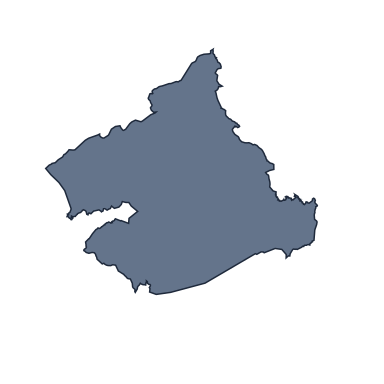 Hohoe Municipal, Volta, Ghana (orthographic projection), rotated 224°
{"feature_id": "2480657B20464126159243", "entity_name": "Hohoe Municipal", "entity_type": "district", "adm_level": 2, "iso_a3": "GHA", "parent_name": "Ghana", "parent_adm1": "Volta", "projection": "orthographic", "projection_center": [0.486, 7.154], "detail": "fine", "context": "isolated", "style": "filled", "palette": "slate", "viewbox_px": 384, "rotation_deg": 224, "n_neighbors": 0, "source": "geoboundaries", "source_scale": "gbopen_adm2", "svg_char_len": 5997}
<svg xmlns="http://www.w3.org/2000/svg" viewBox="0 0 384 384"><g transform="rotate(224 192 192)"><path d="M190.1,84.0L183.5,85.4L182.7,85.1L180.7,85.3L179.6,85.0L177.9,85.2L175.9,86.6L171.6,84.9L168.8,82.5L167.6,82.2L165.3,82.3L164.0,80.7L163.1,80.4L164.0,84.2L165.2,85.9L165.4,87.1L165.3,88.5L165.8,90.4L165.1,90.4L162.8,91.3L161.8,92.3L160.7,92.9L161.9,94.4L162.5,96.0L163.0,96.4L161.8,96.5L160.6,95.4L158.9,95.6L157.9,96.3L157.3,96.2L156.7,95.5L156.3,93.6L155.1,93.3L153.0,90.6L146.6,93.5L137.7,104.9L119.3,135.5L103.6,191.6L102.1,192.2L100.7,196.9L99.0,198.4L97.9,198.4L93.0,209.1L87.5,213.1L80.8,212.5L78.5,210.0L78.4,212.4L78.2,213.1L77.2,213.9L78.5,215.8L79.6,220.5L79.4,221.4L77.8,222.6L77.5,223.2L76.4,223.8L74.7,228.6L74.8,229.6L74.6,230.0L73.8,230.4L74.1,231.5L74.0,231.9L72.6,233.3L72.4,234.2L71.9,234.9L70.4,235.7L71.3,236.9L70.9,237.9L71.1,238.5L70.8,239.8L71.4,240.1L70.7,242.0L77.3,250.0L79.7,255.1L81.2,257.3L82.2,257.7L84.8,257.5L86.0,258.5L88.0,260.3L89.0,261.7L89.1,262.4L90.2,263.3L91.4,265.2L91.9,266.6L92.8,267.4L92.2,268.8L92.4,269.3L93.6,269.6L95.2,269.5L96.7,270.0L96.9,270.2L97.2,271.4L98.7,272.2L99.7,272.2L100.3,271.9L100.4,270.5L99.6,269.8L99.4,269.0L100.0,265.4L101.0,264.7L101.4,264.6L101.8,264.9L102.8,264.4L103.1,263.9L102.4,263.0L102.4,261.1L103.1,261.1L103.3,260.7L103.6,261.0L104.6,261.1L105.2,260.8L105.6,261.4L105.9,261.1L106.3,261.4L107.1,261.4L107.8,260.8L107.9,261.4L108.2,261.0L108.6,261.5L108.7,260.9L109.3,261.0L109.5,261.4L110.3,261.2L110.5,261.4L110.1,261.4L110.1,261.8L110.9,261.8L111.9,261.4L111.7,261.9L112.0,262.2L112.8,262.4L116.2,261.7L115.6,261.5L115.7,260.8L115.3,260.0L114.5,260.7L113.6,260.1L113.5,259.8L113.9,258.2L113.7,257.5L113.8,256.6L114.0,256.3L114.6,256.1L114.7,255.5L115.0,255.8L115.4,255.6L115.8,256.3L116.5,256.4L117.2,255.7L118.2,255.3L118.2,254.9L118.4,254.8L119.8,255.3L121.2,254.4L121.4,253.4L120.2,253.7L119.7,253.5L119.6,253.1L120.0,252.8L119.2,251.6L119.5,250.6L119.9,250.1L120.8,250.5L120.6,249.9L121.5,247.2L121.9,247.2L122.8,246.2L123.3,246.8L124.4,246.1L124.6,246.5L124.9,246.2L125.1,246.8L125.8,247.2L126.7,247.3L127.3,246.9L127.5,247.0L127.5,247.5L128.2,247.2L129.0,247.5L129.1,248.0L129.6,248.4L130.0,248.2L130.1,248.8L130.7,249.0L130.7,249.4L131.6,250.5L134.4,249.1L139.6,249.6L141.3,251.8L143.0,253.3L146.1,255.2L148.0,256.8L148.9,257.2L150.5,256.8L152.6,257.2L151.1,261.4L148.8,265.1L152.3,268.6L154.2,268.1L155.3,267.4L156.5,267.0L158.8,267.0L159.8,266.5L160.5,267.2L161.7,267.3L163.3,268.4L164.9,268.8L166.8,269.7L170.3,270.8L172.0,270.9L174.7,270.4L177.6,270.6L180.0,269.7L180.9,268.3L182.9,268.0L185.3,267.0L186.5,265.6L188.1,264.2L191.2,262.6L194.4,262.8L196.2,263.7L197.2,263.9L201.2,263.2L204.7,263.9L206.5,265.1L206.8,268.7L206.5,268.5L206.1,268.8L206.0,269.8L203.9,270.1L203.4,271.2L203.4,272.3L204.8,272.6L206.0,272.2L207.6,272.6L208.6,271.9L209.9,272.1L211.0,271.7L212.3,271.0L214.3,271.2L215.0,271.1L216.4,270.4L218.6,270.5L219.8,270.4L221.3,270.8L223.0,272.3L224.3,273.9L226.3,273.7L226.7,273.3L228.2,273.2L229.3,272.4L229.9,273.2L237.0,275.9L239.7,277.3L243.4,279.8L245.3,280.7L244.8,282.3L244.9,284.0L245.6,285.7L246.1,286.3L244.7,287.5L243.8,289.1L247.4,288.3L251.1,289.2L251.7,289.6L254.6,293.7L255.6,293.8L257.0,293.6L258.0,293.8L259.0,297.5L258.8,299.0L257.2,301.0L258.0,302.3L260.5,303.7L262.5,303.8L263.4,303.3L266.3,304.7L267.7,304.5L268.1,304.9L267.9,305.5L269.5,305.2L271.0,306.2L272.6,306.2L273.4,306.5L274.7,308.1L275.8,308.9L276.0,309.3L276.7,306.5L275.0,304.8L275.1,304.2L275.8,303.1L279.1,299.4L281.0,295.9L281.7,293.2L281.5,292.1L280.4,289.4L280.3,288.0L281.5,284.9L281.5,284.0L277.4,264.7L277.9,263.9L278.4,261.7L279.9,260.6L280.4,259.8L282.4,255.5L283.8,254.0L287.1,247.6L288.4,245.7L288.9,244.7L289.4,241.7L290.6,240.0L290.9,237.4L290.4,236.5L288.6,235.6L288.8,235.0L290.0,234.3L290.5,233.3L289.2,230.6L288.7,229.1L287.5,228.5L285.4,228.5L283.9,227.6L281.4,226.9L280.8,226.3L280.6,225.6L280.5,223.9L279.9,223.4L278.0,222.6L274.9,222.7L273.4,224.5L273.5,223.1L275.3,219.0L276.9,208.9L277.2,207.7L277.8,206.9L282.6,204.4L283.5,201.9L284.0,200.5L284.2,197.9L283.3,191.1L283.9,189.1L284.2,188.6L285.0,188.4L288.1,188.9L289.8,189.6L292.6,185.9L293.6,181.2L291.7,175.4L291.6,174.5L292.8,169.7L293.9,168.7L295.9,168.2L297.6,168.4L298.7,169.5L299.4,167.5L303.7,158.9L304.7,155.1L305.5,141.0L306.6,139.6L309.8,137.0L309.5,135.0L309.5,131.5L310.1,129.9L309.4,127.3L310.6,122.3L310.7,118.1L312.6,115.2L312.4,114.7L313.4,112.1L313.6,107.3L305.5,106.4L294.3,106.4L284.5,104.6L267.7,96.2L267.0,95.6L265.7,92.6L266.0,92.0L265.9,91.0L264.9,89.9L265.0,89.7L266.1,89.9L266.3,89.5L265.5,89.3L264.8,87.5L264.1,88.2L262.2,88.0L260.9,88.4L259.7,88.1L259.3,88.6L259.7,89.8L259.6,90.5L260.3,90.7L261.2,90.0L262.0,91.0L260.3,91.5L259.7,92.7L259.0,93.3L259.2,95.3L259.0,96.3L259.3,96.8L258.6,98.8L258.3,99.1L257.9,100.0L257.9,102.2L258.1,102.7L257.8,103.0L257.8,103.8L256.2,104.4L254.8,104.5L252.2,102.9L251.0,103.3L251.8,104.6L251.0,104.1L251.6,105.1L251.0,105.8L249.6,106.1L249.5,109.9L246.5,114.5L244.4,114.9L243.4,114.8L243.4,115.4L242.8,116.1L243.1,117.0L244.0,118.5L243.2,119.4L241.9,119.8L241.2,119.7L240.4,120.1L240.0,121.8L239.3,123.3L240.1,126.0L236.5,126.3L234.1,130.4L234.2,133.9L235.5,136.7L232.4,138.5L230.1,140.6L226.0,139.7L217.6,140.3L219.0,129.3L215.8,125.4L223.1,122.2L223.2,121.7L228.5,119.5L228.5,118.5L228.1,117.9L228.2,117.0L228.4,116.4L228.9,115.9L229.0,115.0L228.4,114.7L228.8,114.5L228.4,114.0L228.8,113.2L229.5,113.2L231.1,112.5L231.3,111.4L231.9,110.8L232.3,108.3L231.9,107.9L232.5,106.8L232.5,104.9L232.9,104.3L232.8,103.1L233.1,101.7L233.8,101.1L234.2,101.1L234.7,100.8L234.6,99.4L235.0,98.2L234.6,92.9L233.5,86.9L233.8,86.6L233.8,82.1L231.1,80.1L230.8,79.5L229.7,79.1L229.3,78.1L229.7,75.7L229.4,75.0L229.0,74.7L227.9,75.0L226.1,75.0L223.6,76.3L221.9,79.1L220.0,80.5L218.1,80.2L216.6,79.3L215.5,79.0L213.5,77.7L206.6,77.9L205.9,79.5L204.5,79.5L202.9,79.9L201.4,80.7L199.3,82.6L198.5,84.6L196.1,86.3L190.1,84.0Z" fill="#64748b" stroke="#1e293b" stroke-width="1.5"/></g></svg>